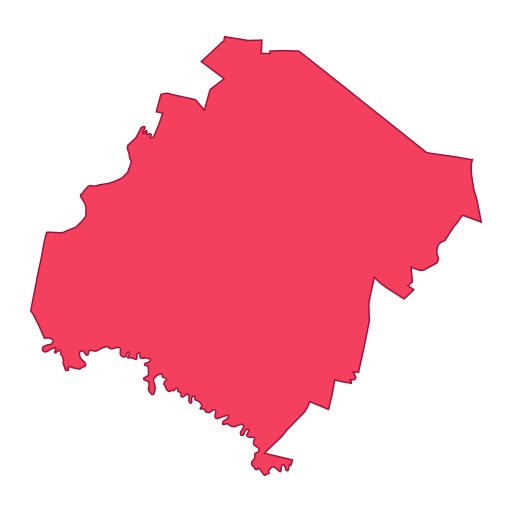 Sepreus, Arad, Romania
{"feature_id": "2599482B37424081846872", "entity_name": "Sepreus", "entity_type": "district", "adm_level": 2, "iso_a3": "ROU", "parent_name": "Romania", "parent_adm1": "Arad", "projection": "mercator", "projection_center": [21.705, 46.561], "detail": "fine", "context": "isolated", "style": "filled", "palette": "rose", "viewbox_px": 512, "rotation_deg": 0, "n_neighbors": 0, "source": "geoboundaries", "source_scale": "gbopen_adm2", "svg_char_len": 6001}
<svg xmlns="http://www.w3.org/2000/svg" viewBox="0 0 512 512"><path d="M289.0,466.3L289.5,465.1L290.9,465.2L292.6,460.0L264.3,453.2L282.1,436.1L286.7,430.2L304.6,411.9L307.3,407.7L309.7,401.6L328.5,409.4L332.2,394.2L334.7,379.9L341.3,381.5L351.3,383.3L351.3,381.4L350.0,380.4L349.9,379.8L354.7,379.7L355.9,377.2L354.2,373.9L353.1,372.3L353.2,371.8L354.7,372.4L356.1,371.9L358.7,372.3L358.8,370.8L363.7,348.8L369.3,321.2L368.8,304.1L370.0,296.6L374.4,277.4L380.9,283.6L387.9,288.6L404.1,298.9L413.8,289.7L407.8,285.6L412.4,281.9L411.1,267.2L419.8,270.4L423.8,270.1L437.3,262.6L438.5,258.6L436.7,252.7L437.2,247.6L438.0,245.6L439.3,243.6L440.8,242.4L445.1,240.3L445.3,239.7L454.3,226.0L456.8,223.3L462.1,215.6L464.3,215.8L481.3,222.1L476.7,199.0L473.8,189.6L471.4,174.1L471.2,168.7L471.3,165.8L471.5,163.1L472.4,159.5L470.9,159.6L457.0,157.1L427.1,152.8L426.2,152.3L324.3,71.1L298.9,51.1L282.2,50.6L270.0,51.1L269.9,53.6L261.1,53.3L262.0,40.1L248.4,40.5L224.6,36.7L223.8,41.4L222.6,41.7L201.3,61.6L224.2,78.7L210.1,89.5L204.4,110.2L195.5,99.7L176.0,95.4L167.5,93.3L165.5,93.4L160.9,94.4L156.3,111.7L162.7,113.1L159.0,124.3L153.5,137.2L150.4,137.7L150.2,137.2L150.4,136.3L151.2,135.3L151.0,134.4L150.4,133.7L148.9,134.0L147.7,134.6L146.8,134.3L146.3,133.8L147.0,132.4L147.0,131.4L146.4,130.6L145.7,130.8L144.8,131.5L144.2,133.3L143.3,133.5L142.7,133.0L143.1,130.8L144.8,128.7L145.0,127.8L144.8,126.9L144.3,126.7L143.4,126.6L141.7,127.3L140.5,128.5L140.0,130.1L135.7,138.1L127.8,145.2L127.3,148.1L128.9,153.1L129.5,156.2L129.6,158.1L131.3,161.3L130.1,166.1L128.7,169.2L127.8,172.3L122.0,178.0L114.9,181.3L109.0,183.3L98.8,185.0L95.4,186.1L92.7,186.1L91.6,185.6L89.5,185.7L88.1,186.5L83.9,191.1L82.3,193.6L80.9,194.3L80.5,195.0L80.7,196.5L84.8,203.4L85.9,206.9L86.0,210.1L85.9,214.7L85.6,216.1L85.2,217.1L82.0,221.1L75.7,227.3L66.0,231.0L62.9,232.6L59.9,232.8L49.8,232.2L46.6,232.4L44.2,241.7L41.3,257.9L36.6,279.9L36.7,280.9L35.8,284.6L30.7,310.9L33.1,314.1L38.6,324.8L44.4,338.2L48.4,337.9L49.7,338.2L51.4,338.8L52.6,339.6L53.2,340.4L53.2,341.2L52.6,342.7L51.9,343.6L51.0,344.2L47.1,345.0L44.0,346.3L43.0,347.0L42.5,347.9L42.5,349.6L42.9,350.6L43.6,351.4L44.6,351.8L45.9,351.9L48.1,351.0L50.1,349.6L51.6,348.8L54.9,347.8L55.4,348.0L55.8,348.6L55.9,349.2L54.8,351.5L54.6,352.2L54.8,352.7L55.3,352.8L56.1,352.5L58.5,350.6L59.2,350.3L59.8,350.4L60.2,350.9L61.0,354.6L62.4,356.5L63.4,360.0L63.2,362.9L63.5,364.2L65.4,369.8L66.1,370.5L67.9,370.5L68.5,370.1L68.6,369.7L68.2,368.0L68.4,367.3L69.1,366.7L69.9,366.6L73.0,367.8L76.1,368.5L79.3,369.0L80.3,368.7L82.4,367.3L84.8,366.4L85.5,365.9L85.7,364.8L85.5,363.8L84.7,362.3L81.7,359.6L80.2,357.4L79.6,355.4L79.4,353.7L79.7,352.2L80.2,351.4L81.3,350.9L82.5,351.0L83.3,351.3L84.2,352.2L85.6,354.5L86.4,355.1L87.1,355.1L87.8,354.8L88.2,354.3L88.6,352.0L89.1,350.9L90.1,350.4L91.0,350.3L94.4,351.1L96.2,351.1L103.9,347.2L104.7,347.2L106.7,346.5L107.1,346.5L109.8,348.3L111.7,348.8L114.1,348.4L116.9,347.4L119.2,347.3L119.7,347.7L120.4,348.8L120.5,349.6L120.2,352.6L120.3,354.0L120.9,355.4L122.3,356.7L124.1,357.0L125.2,356.8L125.9,356.4L127.4,352.7L128.3,352.1L128.9,352.1L129.3,353.1L129.3,354.0L127.7,356.8L127.6,357.5L128.0,358.0L130.7,357.7L133.5,358.4L135.3,359.4L136.2,359.4L136.8,358.7L137.0,357.3L136.9,354.4L137.1,354.1L138.2,353.3L139.4,352.9L139.9,353.0L140.1,353.3L139.9,355.5L140.0,357.0L140.5,357.9L141.3,358.3L142.0,358.4L142.8,358.2L143.6,358.4L144.2,358.3L144.9,357.6L145.8,357.7L147.2,358.5L149.1,358.4L150.2,359.4L150.2,360.4L149.7,361.6L148.8,362.1L145.2,363.3L144.5,364.2L144.8,365.1L148.1,366.4L148.3,367.1L148.6,374.9L146.6,376.5L143.9,377.9L143.7,378.6L143.9,379.6L144.8,380.2L147.2,380.9L148.5,381.8L149.0,383.2L149.2,384.8L148.4,388.8L148.6,390.5L151.1,393.9L152.0,394.5L153.0,394.6L153.9,393.7L154.5,392.1L155.0,389.6L155.1,386.1L153.7,381.9L153.5,379.5L154.2,378.0L157.0,375.4L159.4,374.3L160.9,373.9L162.0,373.9L162.2,374.5L162.2,376.4L162.8,377.2L165.7,378.2L166.3,378.7L166.4,379.5L166.1,380.4L164.4,381.9L164.0,382.7L163.9,384.0L164.6,385.5L165.6,386.8L166.6,389.7L168.7,391.4L169.6,391.4L171.8,390.4L174.3,390.6L175.3,388.5L176.3,388.1L177.1,388.3L177.6,388.9L177.7,390.8L178.0,391.4L180.6,392.6L181.0,393.4L180.9,395.6L181.2,396.5L181.9,397.0L182.8,397.0L187.1,394.3L188.1,394.3L188.8,394.8L189.2,395.8L188.9,398.9L189.0,400.8L189.4,402.4L190.0,403.0L190.6,403.2L191.1,403.0L191.7,402.1L191.5,398.4L192.3,396.9L193.0,396.3L194.0,396.2L194.7,396.5L195.0,397.3L194.9,399.4L195.3,400.0L197.9,400.8L198.9,401.4L200.5,403.0L201.5,404.5L201.9,405.7L201.5,406.5L200.2,408.4L200.2,408.8L200.7,409.1L203.1,408.8L204.2,409.1L205.7,411.7L206.6,412.3L208.5,412.6L209.5,412.4L211.2,411.4L213.1,410.0L214.3,409.7L215.3,410.1L215.8,411.0L215.8,412.4L214.9,415.7L215.1,417.3L215.9,418.3L216.9,418.6L218.4,418.4L222.4,416.8L226.4,415.6L227.3,415.5L228.0,415.8L228.5,416.6L228.3,417.7L225.5,419.9L223.6,421.0L222.8,422.2L222.5,423.3L222.7,424.3L223.6,424.5L227.2,423.7L228.3,424.2L229.9,425.5L231.9,426.5L233.7,426.7L235.9,426.2L239.3,424.8L241.0,424.3L242.5,424.4L243.2,425.1L243.6,426.2L243.3,428.0L241.0,431.2L240.4,432.9L240.5,434.0L241.0,435.2L241.9,435.5L243.1,435.1L244.1,433.9L244.9,431.4L245.7,430.1L247.0,429.3L248.2,429.3L248.8,429.9L248.7,431.0L246.9,434.7L246.9,435.8L247.7,436.5L248.9,437.1L250.9,437.4L253.0,437.0L253.8,437.2L254.4,437.7L254.6,438.5L253.5,441.9L253.5,443.4L253.8,444.6L254.5,445.4L258.2,447.7L259.0,448.9L258.9,450.7L258.5,451.7L256.1,452.8L255.3,453.3L254.8,454.0L254.8,457.9L254.4,458.8L252.4,461.1L251.7,462.2L251.6,463.4L251.9,465.1L253.4,466.7L254.5,467.2L254.7,468.5L255.1,469.1L255.9,469.5L257.3,469.6L257.7,469.3L257.9,468.3L258.5,468.2L259.6,468.9L262.9,473.5L264.3,475.2L265.2,475.3L266.8,474.0L268.8,473.6L269.1,473.2L268.6,470.6L271.8,467.0L274.1,467.0L276.7,468.9L279.4,471.5L280.3,471.7L280.8,471.4L281.6,465.8L282.1,465.1L282.6,464.7L283.6,464.7L284.3,465.4L285.3,467.7L286.1,470.3L286.6,470.7L287.3,470.7L288.2,470.2L288.6,468.9L289.0,466.3Z" fill="#f43f5e" stroke="#9f1239" stroke-width="1.5"/></svg>